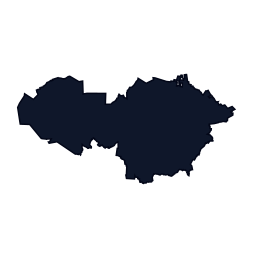 outline of Pinos, Zacatecas, Mexico, rotated 265°
{"feature_id": "50627088B58553371537", "entity_name": "Pinos", "entity_type": "district", "adm_level": 2, "iso_a3": "MEX", "parent_name": "Mexico", "parent_adm1": "Zacatecas", "projection": "albers", "projection_center": [-101.589, 22.273], "detail": "fine", "context": "isolated", "style": "filled", "palette": "ink", "viewbox_px": 256, "rotation_deg": 265, "n_neighbors": 0, "source": "geoboundaries", "source_scale": "gbopen_adm2", "svg_char_len": 5836}
<svg xmlns="http://www.w3.org/2000/svg" viewBox="0 0 256 256"><g transform="rotate(265 128 128)"><path d="M140.3,233.6L138.8,229.0L142.5,226.4L142.0,223.7L143.0,223.0L142.9,222.6L143.7,222.4L143.1,220.5L146.1,219.7L146.3,219.9L146.2,218.3L146.6,218.1L146.6,217.6L149.5,216.5L151.1,215.4L151.0,214.9L152.1,214.8L150.9,211.7L151.8,211.0L152.2,210.8L153.4,213.8L154.9,212.7L158.5,211.1L158.0,209.7L158.2,208.8L154.3,205.7L154.5,205.3L155.0,205.1L155.9,204.1L156.5,204.2L157.1,203.9L157.9,202.9L159.6,202.0L160.0,200.3L160.5,200.0L160.5,199.3L160.8,198.9L160.7,198.6L161.3,198.1L161.3,197.6L162.0,197.6L162.7,196.9L163.1,196.8L163.2,196.3L164.1,196.2L164.0,194.3L165.6,194.6L166.3,192.5L166.8,192.2L167.5,192.5L168.3,192.3L168.2,192.5L168.7,192.5L169.0,191.4L176.0,191.0L175.9,190.3L176.2,190.3L176.1,189.1L175.5,189.2L175.6,188.6L172.2,188.9L172.3,187.1L170.7,187.3L171.5,183.9L173.5,184.7L173.8,184.6L173.5,186.9L175.9,186.5L176.0,185.4L174.9,184.7L175.3,182.2L170.9,180.3L170.2,183.4L168.6,182.6L167.9,186.1L164.3,185.6L164.7,183.7L167.0,184.0L167.3,182.8L165.7,182.6L166.0,180.9L165.4,180.7L165.5,180.0L168.9,180.9L169.1,180.1L169.8,180.4L170.1,180.0L170.3,180.1L170.9,178.5L171.9,179.0L172.1,178.1L170.5,177.5L171.0,174.9L170.2,174.6L170.3,173.9L171.0,170.3L175.5,159.4L175.9,157.4L173.8,157.6L170.9,150.0L176.6,142.4L174.9,141.9L173.5,140.1L173.1,140.0L170.5,138.0L168.7,135.9L168.1,134.6L168.4,133.4L167.5,132.6L166.7,132.5L166.6,132.1L166.2,131.9L165.5,130.7L164.4,130.8L164.0,130.5L163.7,129.9L157.2,129.4L158.0,128.5L158.2,127.8L158.4,127.6L158.7,126.4L159.0,126.3L159.5,126.8L161.0,126.2L161.0,125.9L160.4,124.9L160.8,124.2L160.8,123.4L161.6,122.7L162.3,122.3L162.4,121.9L161.4,121.6L160.7,121.0L159.4,121.1L158.8,120.6L158.7,119.7L158.3,119.4L157.0,118.9L156.4,118.5L156.7,118.2L155.8,117.4L155.5,116.5L155.2,116.4L155.0,115.4L154.7,115.4L154.4,114.4L153.7,113.9L153.3,113.3L153.2,112.5L153.6,107.5L164.4,108.8L166.1,90.1L165.8,86.2L178.7,86.9L178.4,83.2L184.6,74.5L184.4,72.9L182.6,69.8L182.8,69.7L182.7,69.2L182.3,68.2L182.7,68.0L182.8,67.1L183.3,66.0L183.8,64.0L183.8,62.9L184.2,62.7L182.9,57.0L182.2,57.3L181.8,56.3L181.7,55.9L182.1,55.4L182.0,55.1L180.8,53.1L180.3,51.2L178.5,49.9L177.8,49.1L177.6,48.4L177.2,48.0L176.9,47.1L176.4,47.0L176.1,46.7L176.0,45.9L176.2,45.1L175.5,44.3L175.1,44.1L175.3,43.8L174.4,43.9L174.2,41.4L173.7,40.1L172.3,40.5L172.1,40.3L171.6,40.4L171.5,40.7L169.0,41.3L164.7,36.2L171.1,28.0L168.9,27.5L162.0,22.1L158.1,19.9L141.3,21.0L140.1,30.4L125.3,40.6L124.9,41.4L124.2,45.1L123.9,45.9L124.1,46.7L123.9,50.6L121.1,48.7L121.0,47.5L119.7,48.1L120.5,56.1L106.6,73.2L106.5,74.7L105.9,76.2L106.4,76.8L106.5,77.1L106.1,77.7L105.2,78.3L105.6,78.6L105.8,78.4L106.3,78.4L107.4,79.1L107.9,79.8L108.7,79.7L109.4,80.6L110.5,81.0L111.7,80.8L112.7,80.4L113.4,80.5L114.0,80.8L115.6,81.0L113.8,82.6L113.8,82.8L113.2,83.6L112.9,84.6L112.4,84.9L112.1,85.5L111.3,86.2L111.3,86.9L111.8,87.5L111.3,89.6L111.8,89.8L112.7,89.8L114.4,88.3L116.9,89.0L119.6,90.7L119.2,90.8L120.1,92.0L121.2,92.6L120.2,93.8L119.9,93.6L119.7,93.7L118.2,95.3L117.3,95.7L117.2,96.2L116.1,97.5L116.2,97.8L115.9,97.9L113.9,96.3L113.0,97.0L112.2,98.4L113.1,99.4L112.8,99.7L113.3,100.8L113.1,100.9L112.9,100.6L112.2,101.5L111.4,102.3L111.1,102.2L110.1,103.4L110.6,103.6L110.6,104.7L110.8,106.7L109.7,106.6L109.6,107.8L110.3,108.6L110.3,109.2L111.1,109.1L110.9,111.1L111.5,111.7L111.5,112.2L112.1,113.0L113.0,113.5L114.0,114.6L115.2,116.7L115.0,116.9L108.7,116.5L108.7,115.5L101.8,113.9L101.5,115.5L100.2,117.6L100.2,118.3L98.8,118.1L98.3,118.9L98.0,118.8L97.5,119.4L97.1,120.5L96.5,121.2L95.5,122.0L95.1,121.7L94.1,121.8L93.3,121.7L93.0,122.1L92.2,122.0L92.2,122.5L91.7,123.1L90.4,122.9L90.1,123.5L80.7,122.2L80.9,121.8L77.9,122.1L76.7,130.0L79.8,130.7L78.4,131.2L78.0,133.5L76.9,133.3L76.8,133.7L76.5,133.6L76.1,134.3L76.5,134.4L76.3,135.0L75.9,134.9L75.8,134.7L75.1,134.8L75.0,135.0L74.3,135.4L73.4,135.0L72.9,135.3L73.0,137.1L72.0,137.6L72.0,138.0L71.6,138.2L71.4,138.8L71.9,139.3L71.8,140.0L71.9,140.3L71.6,141.1L72.4,142.0L72.6,142.7L72.3,143.8L72.5,144.2L72.4,144.5L72.3,146.8L73.3,147.6L73.5,148.1L76.7,147.8L80.1,149.7L79.7,150.3L80.0,151.5L79.8,152.3L79.6,152.5L79.7,152.9L78.6,155.3L78.7,155.9L78.5,156.0L79.3,157.5L79.0,158.7L78.4,159.3L78.4,160.0L78.6,160.1L78.0,161.1L78.2,163.9L77.9,164.5L77.5,164.3L77.2,164.5L77.0,164.9L77.0,165.7L76.6,166.1L76.3,167.0L76.4,167.5L77.2,168.8L77.5,168.9L77.7,169.6L78.3,170.0L78.3,170.4L78.5,170.4L78.8,170.9L79.0,171.0L79.5,173.1L79.9,173.6L80.0,173.4L80.5,173.6L82.2,175.5L81.9,176.4L82.0,176.9L81.9,177.6L81.3,178.0L80.9,178.6L81.2,178.9L81.6,178.8L81.8,179.3L81.2,179.9L81.4,180.2L81.0,180.9L81.1,181.5L80.6,181.7L80.6,182.0L80.4,182.0L80.2,182.5L80.1,182.8L79.4,183.0L78.5,182.7L78.4,183.0L77.5,183.4L77.1,183.2L76.2,183.4L76.0,183.9L75.4,184.2L75.2,184.5L77.5,185.0L79.4,184.8L79.4,185.1L80.4,186.2L80.6,186.3L80.6,186.8L80.9,186.8L80.9,188.6L84.7,188.2L86.5,187.0L90.9,189.8L90.4,191.4L94.2,193.9L94.0,194.2L95.3,194.9L95.1,195.4L95.3,195.6L95.0,196.3L96.1,196.8L96.1,196.6L97.2,197.0L100.9,198.8L103.1,202.0L103.8,202.7L104.1,202.7L105.0,203.3L105.9,203.6L105.8,203.9L106.3,204.2L105.9,204.9L106.5,205.5L106.2,206.3L106.9,206.1L107.3,206.8L106.9,206.9L107.3,207.5L107.0,207.6L107.9,208.5L107.7,211.4L108.2,211.5L108.9,210.9L110.6,211.4L112.3,210.6L112.8,209.8L113.2,209.7L113.5,209.3L114.0,209.1L114.3,207.8L114.9,206.4L115.3,207.1L116.0,208.7L117.8,209.7L118.4,210.5L119.3,210.8L120.0,210.9L120.1,209.7L120.3,209.6L121.9,209.8L121.9,209.6L123.0,209.2L123.1,209.5L124.2,209.5L124.3,209.1L124.8,209.2L124.9,214.3L125.5,218.5L125.8,218.5L125.9,219.4L125.9,221.3L126.3,223.3L125.6,226.3L126.4,226.8L126.6,227.7L129.3,228.1L131.7,233.5L133.7,233.8L133.8,233.6L133.3,232.9L134.9,231.8L135.4,232.9L135.8,232.5L137.3,236.1L140.3,233.6Z" fill="#0f172a" stroke="#020617" stroke-width="1.5"/></g></svg>